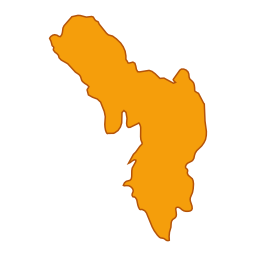 the Province of Điện Biên
{"feature_id": "VNM-450", "entity_name": "Điện Biên", "entity_type": "Province", "adm_level": 1, "iso_a3": "VNM", "parent_name": "Vietnam", "parent_adm1": "", "projection": "natural_earth1", "projection_center": [102.938, 21.7], "detail": "fine", "context": "isolated", "style": "filled", "palette": "amber", "viewbox_px": 256, "rotation_deg": 0, "n_neighbors": 0, "source": "natural_earth", "source_scale": "10m", "svg_char_len": 3012}
<svg xmlns="http://www.w3.org/2000/svg" viewBox="0 0 256 256"><path d="M107.3,133.6L107.0,133.4L106.2,132.1L105.5,130.1L105.0,127.2L104.8,124.3L105.3,116.7L104.3,111.5L100.6,102.1L97.3,99.0L92.5,97.2L88.4,94.9L87.1,90.0L87.2,89.5L87.4,89.1L87.7,88.7L88.0,88.3L88.9,86.7L87.3,85.0L84.6,83.3L82.4,81.4L81.6,80.0L80.6,76.8L79.8,75.4L78.8,74.4L75.4,72.1L67.7,63.7L61.2,60.0L59.1,57.8L58.4,55.3L56.9,53.6L55.0,52.2L53.5,50.2L53.3,49.4L53.7,47.9L53.7,47.2L53.3,46.6L52.4,45.9L52.1,45.4L51.0,41.3L50.4,40.1L49.6,38.3L50.7,36.6L52.7,35.2L54.6,34.7L57.0,35.2L58.8,36.4L60.4,36.6L61.8,34.6L62.4,32.4L63.0,28.0L64.1,25.7L71.9,16.7L77.8,15.4L80.2,15.5L86.3,17.1L91.7,16.5L93.3,17.1L94.8,19.7L96.4,21.1L97.4,21.4L98.2,21.9L99.2,24.2L106.5,33.3L108.4,34.9L112.6,36.1L116.4,38.9L120.7,43.1L123.2,46.8L125.1,51.2L125.9,55.9L125.9,59.4L126.3,60.0L127.2,61.2L128.1,63.0L129.7,63.0L132.9,62.1L134.9,63.3L135.8,66.2L136.4,69.4L137.7,71.7L139.6,71.9L149.1,70.4L152.0,71.4L155.1,73.7L159.9,78.4L164.0,78.1L173.4,83.2L175.5,82.4L175.1,82.0L174.3,81.3L173.6,80.5L173.2,79.6L173.6,78.9L179.8,70.2L181.4,69.1L183.8,69.1L186.2,70.1L188.0,71.9L188.8,74.0L189.1,77.1L189.8,79.0L192.5,81.5L193.7,83.2L194.3,85.4L194.6,87.9L194.7,90.7L195.1,91.3L197.1,92.7L198.0,93.0L198.6,93.6L203.6,103.2L204.3,104.0L205.0,121.1L206.4,131.4L206.3,135.4L205.5,139.5L203.9,142.8L201.7,145.9L196.8,150.6L195.2,153.1L194.5,155.3L193.9,158.2L193.0,159.9L191.9,161.0L187.8,163.1L186.6,164.2L185.7,165.8L185.5,167.2L185.9,168.2L186.7,168.8L187.4,169.5L187.7,170.8L187.3,172.6L187.6,174.0L188.3,175.3L192.3,178.8L193.1,180.8L193.5,183.8L193.2,188.7L192.5,192.4L190.4,197.5L190.1,199.3L190.4,201.3L192.0,206.1L192.2,208.7L191.5,210.1L190.0,211.0L188.1,211.3L185.9,211.3L184.0,210.9L182.2,209.9L180.7,208.6L179.3,207.6L177.9,207.2L176.7,207.4L176.0,208.0L175.7,209.0L175.9,210.5L176.2,212.5L176.4,214.9L176.0,216.6L175.0,217.9L172.7,219.5L171.7,220.9L171.2,222.8L170.9,227.3L169.5,232.1L169.1,236.4L169.3,239.9L169.3,240.3L168.5,240.6L167.2,240.6L166.2,240.2L164.7,239.0L163.8,238.5L162.7,238.2L160.7,237.9L159.6,237.3L158.9,236.7L157.3,235.0L154.2,230.7L152.2,226.9L148.8,218.6L146.4,212.8L144.7,210.7L142.0,209.4L140.4,209.6L139.6,209.2L139.1,208.3L138.5,207.1L137.8,204.9L136.8,200.0L136.8,199.8L135.5,197.7L134.4,196.9L133.5,196.9L132.8,196.7L132.1,195.4L132.1,194.1L133.1,191.6L133.2,190.4L132.7,188.9L131.6,187.5L130.2,186.4L128.6,185.7L126.2,185.6L124.2,185.8L123.3,185.3L124.5,182.8L126.3,181.3L130.0,180.3L131.3,178.8L131.7,176.6L131.8,170.7L132.2,168.1L135.8,161.6L135.9,160.2L134.4,159.8L132.3,160.9L130.2,162.5L128.5,163.3L133.4,154.4L135.8,152.0L139.8,146.4L142.0,144.1L142.1,143.7L142.1,143.3L142.1,143.0L142.0,142.6L140.9,139.8L140.6,136.7L140.7,127.8L140.5,126.3L140.0,124.9L139.2,123.2L138.6,123.0L138.0,123.5L130.2,127.3L128.3,127.4L127.0,125.9L126.6,123.4L127.0,118.3L126.0,112.4L123.9,110.5L122.0,112.5L121.7,122.9L120.4,127.0L118.0,130.5L114.6,132.9L113.5,133.3L107.8,133.4L107.3,133.6Z" fill="#f59e0b" stroke="#b45309" stroke-width="1.5"/></svg>